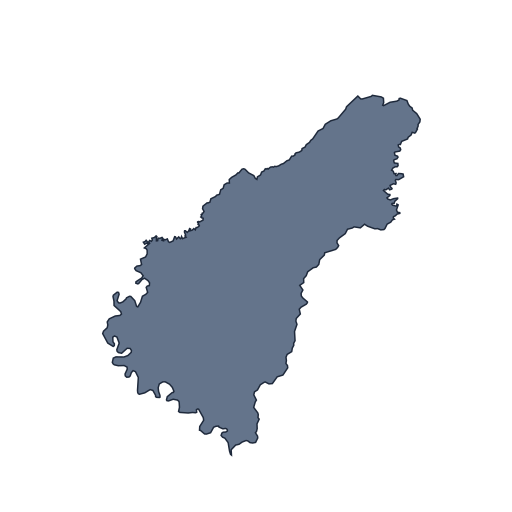 Menoaneng, Mokhotlong, Lesotho (orthographic projection), rotated 289°
{"feature_id": "5366337B74637186434694", "entity_name": "Menoaneng", "entity_type": "district", "adm_level": 2, "iso_a3": "LSO", "parent_name": "Lesotho", "parent_adm1": "Mokhotlong", "projection": "orthographic", "projection_center": [29.096, -29.433], "detail": "fine", "context": "isolated", "style": "filled", "palette": "slate", "viewbox_px": 512, "rotation_deg": 289, "n_neighbors": 0, "source": "geoboundaries", "source_scale": "gbopen_adm2", "svg_char_len": 6094}
<svg xmlns="http://www.w3.org/2000/svg" viewBox="0 0 512 512"><g transform="rotate(289 256 256)"><path d="M446.8,355.4L447.6,352.7L449.2,350.5L452.1,348.1L452.2,341.1L451.5,340.1L450.1,340.4L448.3,338.8L445.0,332.7L439.7,327.7L439.8,326.7L442.6,326.8L446.7,325.1L447.2,322.6L445.8,313.7L444.5,313.1L439.1,305.4L438.6,303.9L440.4,300.2L426.6,293.0L424.0,293.0L413.0,288.7L411.9,287.9L408.2,282.7L403.1,278.6L398.4,277.9L394.4,274.0L385.2,271.5L383.1,270.1L380.8,269.6L377.7,267.3L374.9,266.9L372.6,264.6L370.6,264.9L368.3,263.1L366.6,260.3L365.1,259.6L364.4,260.0L362.6,258.8L362.0,257.2L357.7,256.2L356.1,254.2L352.3,251.8L351.0,250.0L348.6,248.1L347.1,246.0L346.9,244.5L345.7,243.6L345.7,242.6L344.8,240.8L342.1,239.1L342.4,238.1L341.4,237.2L341.5,236.4L338.9,235.8L337.2,234.0L334.1,233.9L331.3,231.6L328.7,231.9L329.2,230.0L331.3,227.8L332.2,221.9L334.4,217.5L334.5,216.0L333.5,214.5L329.0,212.8L328.7,211.8L326.1,210.6L322.5,207.4L319.6,205.8L316.3,207.1L315.6,204.9L313.0,202.7L309.3,202.9L307.1,201.1L302.4,201.4L300.6,198.9L299.1,198.4L295.4,194.7L291.9,194.9L290.5,193.3L290.4,192.5L285.8,189.6L283.3,190.1L281.2,192.4L279.5,192.0L278.9,191.2L277.8,191.5L277.3,190.7L275.9,191.6L274.9,191.1L274.4,192.3L274.5,193.8L272.6,194.2L270.0,191.7L270.0,190.6L269.3,189.7L268.7,189.9L268.4,190.9L267.0,190.9L266.7,192.3L266.1,192.6L263.9,191.3L263.4,190.1L261.0,190.1L261.7,188.3L259.7,187.3L258.4,185.5L260.2,185.3L260.3,184.3L257.8,184.2L255.9,183.3L256.9,181.0L256.6,180.3L255.4,180.5L252.8,182.7L251.8,182.3L251.0,183.8L248.5,180.9L250.1,179.3L248.7,179.4L247.7,178.8L248.9,176.7L246.2,175.4L247.9,173.6L247.8,172.8L243.3,172.7L240.7,170.0L241.0,168.6L243.3,166.6L241.6,164.7L241.9,162.9L240.3,163.6L240.2,162.0L242.5,161.9L243.0,161.1L241.5,159.5L241.0,157.6L238.4,158.0L237.9,156.9L241.2,155.7L242.1,155.9L242.5,155.0L240.4,153.9L238.9,151.7L237.4,152.8L235.8,152.3L236.1,150.4L234.2,149.9L233.9,149.0L235.1,147.0L233.6,146.4L232.4,145.0L230.9,146.9L232.7,148.6L232.2,150.1L233.7,150.8L233.3,151.3L227.3,147.8L227.1,150.0L226.0,151.2L222.6,152.4L219.1,151.9L215.4,147.8L210.7,150.6L209.2,149.6L207.7,146.7L205.3,145.3L204.5,145.4L203.1,147.4L202.7,152.6L200.6,155.7L198.0,155.1L192.6,150.9L191.2,151.2L191.1,153.2L191.7,154.0L196.7,155.9L198.7,157.9L197.6,161.8L196.0,164.1L193.3,164.8L192.2,163.0L190.6,162.4L186.3,165.4L183.9,164.3L181.0,161.7L174.6,161.9L169.4,160.8L169.5,159.5L174.3,155.9L177.0,150.8L176.7,149.5L174.3,147.2L173.1,147.1L169.2,145.0L167.3,142.8L167.0,141.3L168.5,139.2L175.3,139.0L176.8,137.9L176.6,136.5L172.5,133.9L171.1,134.0L167.1,136.4L163.0,137.9L159.4,146.2L157.3,147.7L155.5,146.7L153.4,142.4L148.8,137.7L145.2,136.8L142.6,138.3L139.8,138.7L135.3,136.3L132.7,136.3L125.4,144.2L124.0,150.4L125.1,151.2L126.9,150.7L128.3,148.7L132.6,147.0L134.3,148.2L134.1,150.9L129.1,155.0L122.0,154.9L120.6,155.8L119.9,157.4L120.3,160.6L126.8,164.2L127.6,167.1L126.1,169.0L124.3,169.4L120.2,167.3L117.5,164.0L115.0,156.4L113.0,154.3L108.6,154.8L107.4,156.2L107.0,157.5L107.4,161.4L109.5,167.0L109.0,170.2L107.2,171.1L101.8,170.6L100.1,171.4L99.3,173.2L100.2,175.3L101.6,176.1L105.1,176.1L107.6,177.1L107.4,179.7L102.8,184.3L90.4,187.7L88.4,188.6L87.5,189.5L87.3,190.7L90.4,195.4L95.2,199.4L95.3,202.3L91.6,206.4L90.3,206.9L90.0,208.0L90.8,210.8L91.3,211.2L93.0,210.5L96.2,208.0L99.6,206.4L103.5,206.2L106.6,208.8L107.5,211.1L106.6,216.1L104.5,219.7L101.3,222.5L100.1,222.3L99.7,221.3L94.1,217.9L90.8,218.2L90.2,218.9L90.5,220.5L93.6,224.3L94.2,228.7L93.4,230.5L92.2,231.2L88.0,232.9L83.8,233.4L83.3,234.9L85.5,243.0L87.4,247.0L88.1,249.9L88.9,250.8L91.3,249.7L92.3,250.5L92.5,251.6L86.0,258.8L83.6,260.0L76.5,258.3L72.9,259.3L73.0,260.3L71.0,265.3L71.5,267.1L74.1,270.6L80.3,271.7L82.0,273.6L83.0,276.0L82.2,276.6L81.8,281.0L83.0,283.2L83.0,284.5L82.2,285.6L81.2,285.9L79.7,284.7L78.7,282.3L77.5,281.4L75.0,281.4L73.8,283.4L73.6,285.9L70.5,290.4L62.9,294.5L60.2,296.5L59.8,297.6L64.7,295.6L70.6,298.3L72.5,301.3L75.6,303.5L78.3,306.7L78.5,308.4L77.6,311.1L78.1,313.7L79.6,316.3L84.5,316.9L86.2,316.1L88.7,313.0L90.2,313.6L93.2,313.3L97.6,311.6L102.8,312.1L103.8,310.5L106.7,309.8L108.2,308.8L112.1,303.1L117.7,302.8L119.9,303.3L124.0,299.1L127.1,298.8L129.8,301.0L135.7,302.0L139.3,304.9L139.9,305.7L139.3,309.9L140.7,313.0L148.7,315.4L152.2,320.2L160.6,322.4L162.7,321.4L164.1,319.3L167.0,318.8L170.1,317.3L173.1,317.5L177.2,320.9L180.8,320.3L183.8,320.8L185.8,320.0L188.6,320.5L197.2,317.0L204.7,317.0L207.4,314.9L210.1,314.4L215.6,316.8L219.8,314.2L222.3,315.3L226.8,319.2L228.6,319.8L229.3,319.6L231.5,314.1L232.9,311.9L235.4,310.8L239.1,311.4L242.5,306.9L246.4,309.8L250.1,308.4L253.7,309.9L257.9,310.0L263.5,313.9L265.2,316.7L268.5,318.1L273.3,317.4L279.1,320.3L281.4,319.9L288.2,329.2L290.6,330.4L292.7,330.8L294.8,328.3L297.1,327.6L300.3,329.0L306.2,333.1L311.1,333.8L313.8,337.9L315.5,339.3L316.6,345.5L321.4,348.3L320.5,351.8L320.4,359.5L321.5,362.1L321.3,365.4L322.6,368.3L323.9,369.0L328.8,369.6L331.9,372.4L334.6,373.2L335.9,374.9L336.6,373.4L338.0,373.2L339.4,374.7L341.5,375.7L343.1,378.1L343.8,377.8L343.4,375.5L345.3,373.8L350.6,373.8L350.9,372.4L349.2,372.7L348.8,372.1L348.5,368.5L349.3,367.4L350.1,367.6L350.7,369.5L352.9,369.4L356.3,371.3L356.9,371.0L355.0,367.4L352.7,364.7L352.8,362.0L353.6,360.9L356.8,362.9L357.7,362.6L357.3,360.4L359.4,355.2L360.7,355.7L360.8,357.2L363.3,359.1L362.1,360.8L363.4,362.6L364.2,362.6L365.0,360.8L366.4,359.8L369.1,362.5L369.3,364.7L370.7,364.7L372.9,363.1L373.9,363.4L374.6,366.0L379.0,369.8L381.4,368.4L381.1,366.3L380.4,363.9L377.9,363.1L377.6,362.1L378.3,361.4L379.5,361.5L378.8,359.7L380.8,358.2L381.3,356.3L383.7,356.8L385.6,358.5L386.4,360.5L387.7,360.9L389.7,360.0L389.0,356.5L390.9,355.1L392.0,355.3L393.8,357.6L395.7,358.1L396.5,357.3L396.5,354.6L398.8,353.2L399.7,353.7L402.0,357.8L403.6,358.2L405.1,357.2L405.6,355.3L407.3,354.3L408.3,355.3L408.4,356.2L411.8,356.4L416.0,361.2L417.8,361.2L420.8,363.2L423.8,363.4L423.9,366.1L424.6,366.6L428.5,367.3L428.7,366.8L431.7,367.0L433.1,366.4L436.1,367.3L438.8,366.7L442.9,361.7L444.8,356.7L446.8,355.4Z" fill="#64748b" stroke="#1e293b" stroke-width="1.5"/></g></svg>